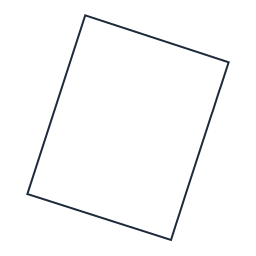 Republic, Kansas, United States of America, rotated 108°
{"feature_id": "52423323B40433971762131", "entity_name": "Republic", "entity_type": "district", "adm_level": 2, "iso_a3": "USA", "parent_name": "United States of America", "parent_adm1": "Kansas", "projection": "albers", "projection_center": [-97.674, 39.828], "detail": "fine", "context": "isolated", "style": "outline", "palette": "slate", "viewbox_px": 256, "rotation_deg": 108, "n_neighbors": 0, "source": "geoboundaries", "source_scale": "gbopen_adm2", "svg_char_len": 398}
<svg xmlns="http://www.w3.org/2000/svg" viewBox="0 0 256 256"><g transform="rotate(108 128 128)"><path d="M71.0,52.7L65.4,52.7L59.1,52.6L52.9,52.6L34.4,52.6L34.1,203.5L221.9,203.3L221.2,52.5L205.7,52.6L205.1,52.6L202.5,52.6L196.2,52.6L190.0,52.6L174.4,52.7L174.0,52.7L172.7,52.7L88.9,52.7L88.4,52.7L87.9,52.7L85.8,52.6L71.7,52.7L71.0,52.7Z" fill="none" stroke="#1e293b" stroke-width="2"/></g></svg>